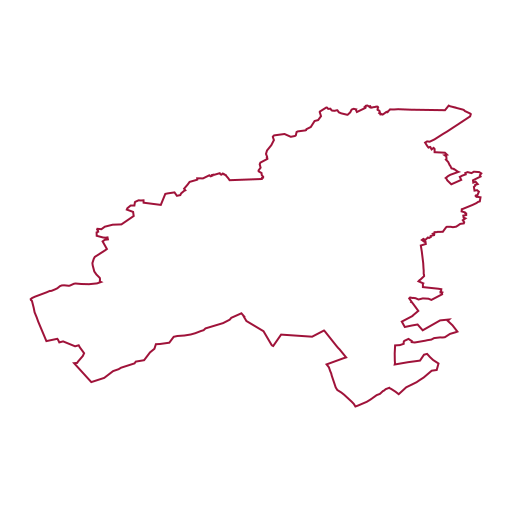 outline of Ļaudonas pag., Madona, Latvia
{"feature_id": "27541924B83547465612872", "entity_name": "Ļaudonas pag.", "entity_type": "district", "adm_level": 2, "iso_a3": "LVA", "parent_name": "Latvia", "parent_adm1": "Madona", "projection": "natural_earth1", "projection_center": [26.187, 56.69], "detail": "fine", "context": "isolated", "style": "outline", "palette": "rose", "viewbox_px": 512, "rotation_deg": 0, "n_neighbors": 0, "source": "geoboundaries", "source_scale": "gbopen_adm2", "svg_char_len": 6060}
<svg xmlns="http://www.w3.org/2000/svg" viewBox="0 0 512 512"><path d="M365.8,105.8L365.8,106.2L364.7,107.0L365.5,107.8L365.4,107.9L356.9,112.0L355.7,109.4L355.8,109.3L353.7,108.8L352.0,109.4L351.5,109.8L350.2,112.4L347.7,114.7L347.3,114.8L341.1,113.3L338.8,112.3L337.5,110.4L337.2,110.2L334.6,110.8L332.1,110.6L331.4,110.1L330.4,108.7L328.5,108.9L327.9,108.7L327.2,107.7L326.7,107.5L326.3,107.5L319.8,111.6L319.7,112.0L321.0,116.2L318.1,120.1L314.6,121.0L310.8,127.0L306.4,129.2L306.1,130.1L305.4,130.4L297.8,131.4L296.6,132.0L295.8,135.4L294.9,136.0L290.8,136.8L284.5,134.0L274.1,135.4L273.3,136.1L272.8,136.8L273.9,140.1L271.3,145.2L267.0,150.5L266.0,153.9L267.2,157.1L266.8,157.7L267.4,158.6L267.4,158.9L260.4,162.6L259.7,164.3L260.6,167.7L258.7,170.2L258.5,170.9L258.7,171.4L261.5,173.0L261.8,175.2L263.2,176.8L263.1,177.7L261.9,178.0L261.8,179.0L229.6,180.2L228.3,178.3L226.0,175.6L226.0,175.3L224.2,174.5L224.2,174.2L223.7,174.1L222.8,173.5L222.6,173.6L221.7,174.5L221.2,174.7L220.0,173.8L219.7,173.2L214.3,174.8L213.8,174.6L212.1,175.0L212.4,175.6L210.8,176.3L210.5,176.3L209.3,175.3L203.0,178.4L197.2,178.3L197.3,179.6L196.9,179.8L189.6,181.9L187.7,184.5L184.1,188.7L185.3,190.3L184.3,190.7L181.1,193.4L180.3,195.1L176.9,195.8L174.5,192.4L167.7,193.4L165.3,193.9L160.8,204.9L143.6,202.7L143.5,200.3L140.9,200.5L138.6,200.3L135.1,201.9L134.9,202.3L134.4,205.5L130.7,205.5L127.4,208.2L126.8,209.6L133.1,211.9L133.7,216.0L121.4,224.4L112.7,224.7L104.8,226.7L101.4,229.2L97.4,228.8L97.1,229.5L98.0,230.7L98.2,231.7L96.6,232.4L96.7,235.8L103.1,237.5L105.6,237.7L107.5,237.4L107.9,239.4L104.8,239.8L102.6,241.4L106.9,249.0L105.3,250.2L94.8,256.9L93.8,258.7L92.4,263.1L92.7,265.4L94.3,271.5L96.4,274.5L99.7,277.8L99.9,278.3L100.0,279.9L99.8,281.2L100.0,281.5L101.0,282.0L97.0,283.4L89.0,284.2L81.3,284.0L75.4,283.5L73.8,283.8L70.1,285.5L69.0,285.8L64.2,285.3L61.9,285.4L60.0,286.1L57.3,288.3L55.0,289.4L51.6,290.8L50.5,291.0L49.9,290.9L46.4,292.4L34.9,296.7L32.1,298.0L30.7,299.1L30.9,300.0L31.8,300.7L32.1,301.5L33.7,307.8L34.6,312.3L36.7,317.4L38.2,321.6L46.4,341.1L57.3,338.8L58.0,339.7L59.3,342.4L63.1,341.4L75.1,346.3L78.7,345.3L79.8,347.3L84.1,353.2L82.8,356.0L77.9,361.7L77.2,362.9L74.1,363.2L91.3,382.1L104.2,377.9L113.1,371.1L118.6,369.2L121.1,367.7L134.5,363.4L135.8,361.6L144.1,360.2L150.0,352.4L154.4,348.8L155.9,344.2L160.0,344.0L169.3,342.7L173.7,336.8L177.3,336.0L184.5,335.5L190.7,334.5L195.3,333.2L201.0,331.0L203.6,330.2L205.5,328.4L223.1,323.1L229.7,319.7L231.3,317.8L241.4,313.3L244.0,316.3L243.7,316.4L243.8,316.6L246.4,321.0L263.5,331.2L271.5,344.8L272.0,345.4L273.2,346.0L281.1,334.6L312.1,336.7L324.0,330.5L324.9,331.4L336.5,346.0L338.1,347.9L339.6,349.4L346.1,357.4L343.3,358.3L326.6,364.4L328.9,367.3L330.2,371.1L331.2,373.4L331.7,375.5L335.7,387.4L337.3,390.0L341.3,392.5L344.1,394.7L351.7,401.7L353.8,403.9L355.4,406.5L357.9,405.6L366.8,401.8L370.4,399.6L376.7,395.1L379.9,393.9L383.0,391.0L383.7,390.8L385.8,389.1L389.3,387.8L389.5,388.1L391.3,389.0L395.5,391.7L398.7,394.2L406.2,387.3L416.6,382.2L419.2,380.4L423.7,377.5L431.7,370.7L436.7,370.0L438.5,363.5L433.1,360.0L430.0,357.1L427.1,353.9L424.0,354.7L420.0,360.6L408.0,362.2L394.7,364.5L395.0,363.1L394.8,360.5L394.7,353.4L395.1,345.4L399.9,345.1L403.7,343.8L403.7,342.0L404.0,341.2L404.7,340.7L408.5,338.9L410.4,340.2L411.8,341.0L411.7,342.1L414.7,342.5L425.2,340.7L427.3,340.2L431.3,339.6L434.1,338.1L440.1,337.4L442.7,337.5L444.9,337.2L450.0,333.9L455.8,332.2L457.4,331.6L452.5,325.3L447.7,320.8L449.1,319.5L440.1,320.4L422.7,330.3L417.6,324.5L411.9,325.5L404.8,327.0L401.8,321.6L412.5,316.0L412.6,315.7L418.3,310.9L413.4,304.2L411.6,301.9L411.4,301.9L411.5,301.7L409.2,298.4L410.1,297.5L412.6,298.0L413.2,297.9L415.5,298.2L418.5,299.5L422.8,298.4L428.4,298.7L431.4,299.9L442.1,294.3L441.9,293.5L442.3,292.6L440.5,292.5L440.5,291.6L441.3,291.3L441.1,290.6L441.3,289.2L438.1,288.7L422.9,287.1L422.9,283.5L423.1,283.3L418.5,281.3L419.7,280.0L420.2,279.8L424.1,276.1L424.0,274.6L423.7,274.0L423.7,270.5L423.5,268.4L423.2,263.1L421.8,251.6L420.8,245.5L425.8,244.0L425.5,241.9L424.5,241.9L421.9,240.0L423.4,238.9L425.2,240.0L427.9,237.5L429.0,238.0L430.8,237.0L430.6,236.1L431.0,235.8L434.1,235.1L434.2,234.8L433.1,233.7L434.3,233.4L434.5,232.2L435.0,232.1L437.0,232.1L437.4,231.9L442.8,231.8L445.5,228.1L446.4,227.0L446.9,226.8L450.8,226.8L452.9,227.2L456.1,226.7L458.1,225.4L460.2,223.9L463.8,223.4L464.2,222.2L462.8,220.2L465.4,218.4L463.6,217.6L463.3,215.6L466.2,215.0L466.2,213.5L465.2,213.1L465.2,212.6L465.0,212.4L461.6,211.4L461.8,209.2L462.6,209.0L472.4,205.0L476.4,203.1L478.1,201.9L479.8,201.4L480.5,197.3L477.8,196.9L476.5,196.9L475.6,195.9L475.9,195.4L477.4,195.2L478.9,191.7L477.1,190.2L474.5,190.6L473.9,186.9L475.2,185.7L475.2,184.9L477.7,184.1L475.6,181.7L473.3,182.6L473.0,180.3L480.6,176.5L479.9,175.2L481.3,173.4L479.2,172.1L473.9,171.7L471.5,173.1L467.6,172.1L465.3,173.0L465.7,174.4L462.3,175.6L459.8,176.9L461.2,179.9L451.3,184.3L447.3,180.4L446.3,178.5L445.7,178.0L448.2,176.0L450.3,174.8L458.4,171.9L457.7,171.6L454.0,169.0L453.8,169.1L453.5,168.8L451.5,168.4L450.3,165.9L449.7,165.2L448.2,162.0L445.9,159.6L446.5,159.1L446.3,156.4L444.6,155.2L447.0,154.7L444.9,152.7L434.6,152.2L434.6,149.0L433.6,147.9L431.6,149.4L430.3,147.0L430.1,146.9L428.5,147.6L427.1,145.8L425.1,142.6L427.1,141.4L429.7,141.7L434.5,139.4L443.1,133.9L447.0,131.6L470.1,116.4L470.8,114.1L470.1,113.5L464.8,111.0L464.0,110.1L462.9,109.6L454.4,107.4L454.5,107.3L450.2,106.3L448.7,105.6L445.0,110.2L410.8,109.7L398.1,109.2L393.7,109.5L390.0,109.4L389.4,110.2L388.4,110.9L388.0,111.6L387.3,111.9L387.4,112.2L387.2,112.3L386.8,111.9L386.4,111.9L383.0,114.4L382.2,114.6L381.8,114.1L381.4,114.0L380.4,114.4L380.1,113.8L379.3,113.2L379.9,112.7L379.5,112.2L379.7,111.3L379.3,110.9L379.0,110.5L377.6,109.9L377.5,109.6L377.8,108.4L377.7,107.8L378.0,107.4L377.8,107.2L377.8,106.8L377.5,106.6L376.1,106.6L375.0,107.0L373.2,107.2L371.9,107.6L371.0,107.7L370.2,107.4L370.5,106.6L370.1,106.1L368.9,106.5L367.6,105.6L367.1,105.5L365.8,105.8Z" fill="none" stroke="#9f1239" stroke-width="2"/></svg>